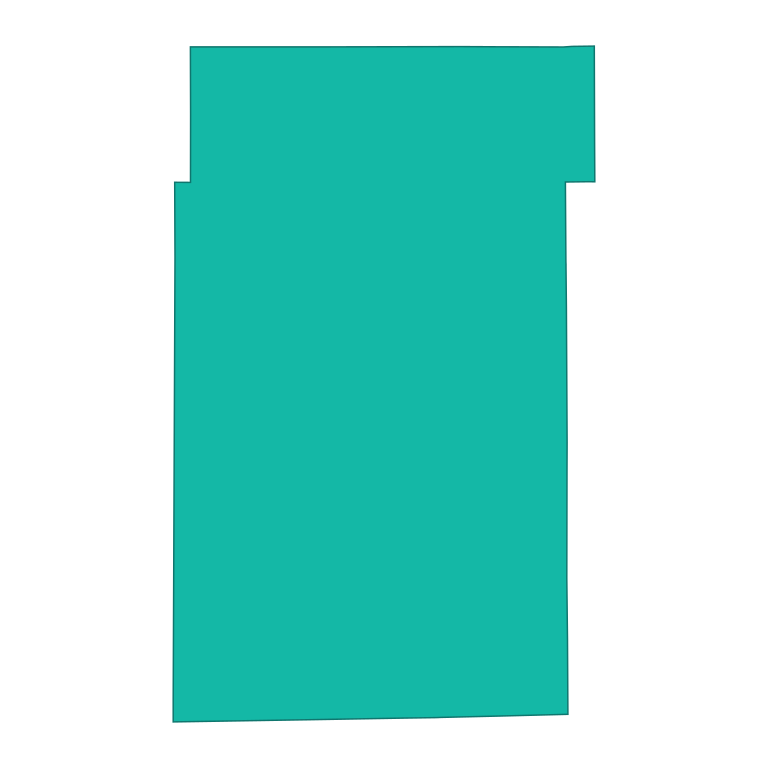 Kane, Illinois, United States of America
{"feature_id": "52423323B64731524187511", "entity_name": "Kane", "entity_type": "district", "adm_level": 2, "iso_a3": "USA", "parent_name": "United States of America", "parent_adm1": "Illinois", "projection": "albers", "projection_center": [-88.362, 41.937], "detail": "fine", "context": "isolated", "style": "filled", "palette": "teal", "viewbox_px": 768, "rotation_deg": 0, "n_neighbors": 0, "source": "geoboundaries", "source_scale": "gbopen_adm2", "svg_char_len": 578}
<svg xmlns="http://www.w3.org/2000/svg" viewBox="0 0 768 768"><path d="M567.9,714.3L567.5,641.8L567.5,640.5L566.8,578.4L566.8,578.0L567.0,468.4L567.1,442.8L566.4,307.2L566.0,267.4L566.0,264.4L565.9,261.9L565.4,182.0L588.8,181.7L594.8,181.8L594.6,142.4L594.3,46.1L572.1,46.4L563.5,47.0L504.5,46.8L498.9,46.8L460.8,46.6L415.5,46.7L415.2,46.7L324.1,46.9L190.4,46.9L190.6,114.6L190.5,182.4L174.7,182.3L175.0,257.8L173.2,699.3L173.2,721.9L303.6,719.8L304.1,719.8L402.5,718.1L436.3,717.6L441.0,717.4L501.1,716.0L567.9,714.3Z" fill="#14b8a6" stroke="#0f766e" stroke-width="1.5"/></svg>